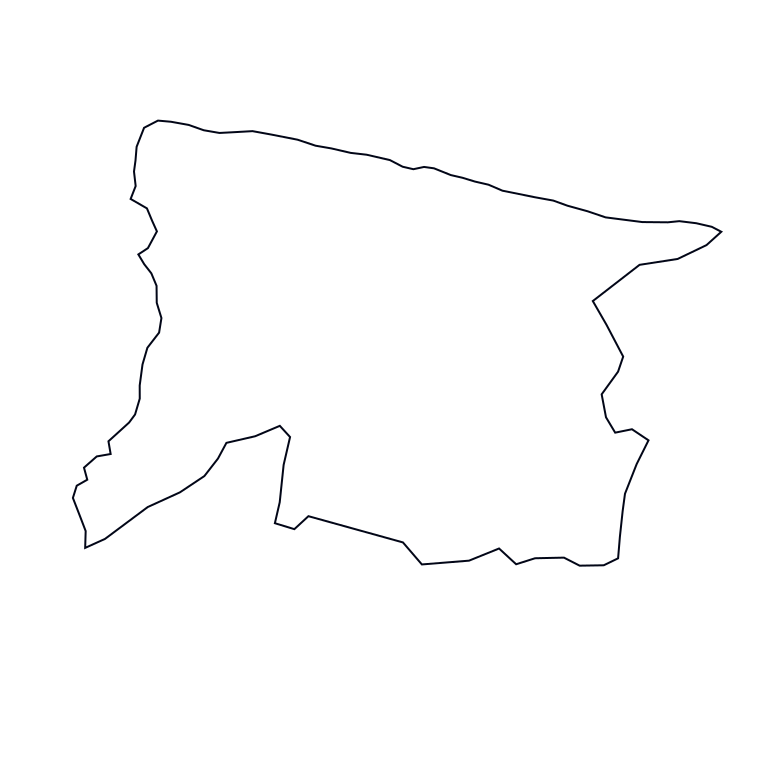 the district of Trapeza, Cyprus, rotated 283°
{"feature_id": "46923920B69284380366179", "entity_name": "Trapeza", "entity_type": "district", "adm_level": 2, "iso_a3": "CYP", "parent_name": "Cyprus", "parent_adm1": "", "projection": "equal_earth", "projection_center": [33.486, 35.312], "detail": "fine", "context": "isolated", "style": "outline", "palette": "ink", "viewbox_px": 768, "rotation_deg": 283, "n_neighbors": 0, "source": "geoboundaries", "source_scale": "gbopen_adm2", "svg_char_len": 1480}
<svg xmlns="http://www.w3.org/2000/svg" viewBox="0 0 768 768"><g transform="rotate(283 384 384)"><path d="M608.2,678.4L610.9,668.0L610.9,652.1L609.1,635.1L605.4,624.2L599.9,599.3L598.1,581.4L596.2,562.4L598.1,543.5L599.0,522.6L600.8,507.7L599.9,488.7L599.0,455.9L601.7,441.0L601.7,427.0L602.6,414.1L602.6,402.1L605.4,384.2L604.5,374.2L599.9,364.3L599.9,353.3L603.5,339.4L603.5,315.5L601.7,299.6L601.7,279.7L600.8,263.7L602.6,244.8L601.7,218.0L600.8,199.0L595.3,180.1L591.6,167.2L590.7,151.3L592.5,135.4L591.6,117.4L589.8,104.5L579.7,92.6L559.5,89.6L545.8,91.6L534.8,92.6L521.0,97.5L507.3,95.5L501.8,113.5L490.8,121.4L481.6,128.4L463.3,123.4L455.0,115.5L446.8,123.4L439.5,132.4L428.5,140.3L412.0,144.3L398.2,152.3L383.5,153.3L366.1,145.3L348.7,144.3L327.6,146.3L314.8,149.3L298.3,148.3L289.1,144.3L279.0,137.3L266.2,128.4L254.3,133.4L248.8,120.4L235.0,110.5L224.0,116.4L215.8,107.5L203.0,106.5L185.5,118.4L173.6,126.4L157.1,129.7L170.3,147.0L211.0,181.5L232.5,209.5L253.9,229.7L274.0,239.0L291.2,243.7L304.1,270.2L319.8,291.9L311.2,304.4L282.6,304.4L245.3,309.0L223.8,309.0L222.4,329.3L238.2,340.1L233.9,438.1L216.7,461.5L231.0,506.6L249.6,533.1L238.1,553.3L248.2,570.4L255.3,598.4L251.0,615.5L256.8,638.9L266.8,651.3L288.3,648.2L314.1,645.1L331.3,643.5L362.8,648.2L388.6,654.4L395.7,635.8L388.6,620.2L401.5,607.8L422.9,598.4L448.7,609.3L464.5,610.9L491.7,587.5L511.8,568.8L557.6,606.2L571.9,642.0L591.9,667.0L608.2,678.4Z" fill="none" stroke="#020617" stroke-width="2"/></g></svg>